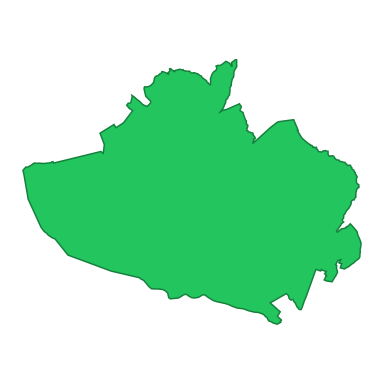 Bucov, Prahova, Romania (Equal Earth projection)
{"feature_id": "2599482B21146136676723", "entity_name": "Bucov", "entity_type": "district", "adm_level": 2, "iso_a3": "ROU", "parent_name": "Romania", "parent_adm1": "Prahova", "projection": "equal_earth", "projection_center": [26.112, 44.989], "detail": "fine", "context": "isolated", "style": "filled", "palette": "green", "viewbox_px": 384, "rotation_deg": 0, "n_neighbors": 0, "source": "geoboundaries", "source_scale": "gbopen_adm2", "svg_char_len": 5967}
<svg xmlns="http://www.w3.org/2000/svg" viewBox="0 0 384 384"><path d="M277.2,324.2L280.8,322.2L280.2,321.3L281.4,320.4L281.4,320.0L277.4,316.3L280.2,311.8L270.2,302.9L286.3,293.6L288.0,295.1L288.4,295.7L288.7,297.2L289.1,297.8L289.1,298.3L289.8,299.3L290.8,299.9L291.4,300.0L292.6,299.4L293.0,299.4L293.3,299.8L293.6,301.1L293.9,301.6L295.0,302.6L297.3,307.3L297.8,307.6L298.9,309.2L300.0,309.6L301.1,309.6L302.1,307.4L304.5,300.4L305.9,297.4L313.9,275.0L314.4,273.8L314.5,273.1L316.0,269.4L320.5,271.0L320.7,270.9L320.7,270.5L321.4,269.5L321.8,270.0L326.3,271.5L325.6,272.4L325.7,272.5L324.6,273.7L326.2,274.9L325.8,275.5L326.5,276.0L325.8,276.7L324.2,279.9L326.3,280.9L332.1,281.8L334.6,277.5L335.7,276.0L337.4,272.5L337.5,271.7L337.3,270.8L336.7,269.5L336.5,267.3L336.7,265.4L336.0,264.9L335.6,264.4L336.3,263.6L337.1,261.7L337.8,260.6L338.3,260.6L339.9,259.7L340.8,259.6L338.9,262.7L339.6,263.2L341.8,263.6L340.6,266.7L340.4,267.9L344.5,269.0L345.8,268.0L348.3,266.9L352.1,263.9L353.7,262.9L355.9,260.7L358.2,259.2L359.4,257.9L359.8,256.8L359.9,254.4L360.3,251.9L360.1,249.6L360.5,248.0L360.9,245.4L361.0,242.6L360.6,242.0L360.3,240.8L359.3,238.2L357.9,235.5L357.1,231.8L356.8,231.3L351.6,225.2L350.2,223.8L348.4,225.9L347.1,226.5L347.1,226.8L346.1,227.0L345.8,227.5L345.7,228.1L341.4,228.9L337.5,232.2L336.8,231.8L336.5,231.1L336.8,230.6L338.3,229.0L338.3,228.6L340.6,225.4L341.4,223.8L343.6,222.0L343.0,221.6L342.6,221.0L342.3,220.0L342.6,219.0L343.5,218.4L343.7,216.6L343.6,215.4L345.1,213.6L345.8,211.9L346.7,210.5L349.0,208.0L350.8,204.7L350.9,204.0L351.3,203.0L351.1,202.5L351.0,201.9L352.4,200.2L353.6,199.7L354.1,199.9L355.0,198.0L355.6,197.2L356.0,196.9L355.7,195.9L355.9,194.5L355.9,192.8L356.2,191.3L356.5,190.9L356.5,190.0L356.8,189.3L357.6,188.2L358.9,187.5L359.0,186.7L358.6,186.1L358.9,185.0L358.5,184.4L357.3,183.9L356.6,182.8L356.3,178.8L357.2,176.9L355.9,174.5L355.2,173.8L355.1,173.4L355.3,172.5L354.4,171.8L353.7,170.0L352.3,169.2L351.9,168.9L351.8,168.4L351.9,167.8L350.9,166.7L350.5,165.3L348.9,165.2L347.9,165.6L347.1,165.0L346.6,164.1L345.7,163.7L345.4,163.0L344.8,162.3L343.6,162.4L342.2,161.7L340.5,161.6L338.8,160.1L336.4,159.8L335.9,159.1L334.8,158.2L334.3,157.5L333.9,156.4L333.0,155.9L332.3,155.8L331.6,156.0L331.0,155.9L330.6,156.2L328.9,155.8L328.0,154.3L328.1,153.3L328.0,151.2L326.3,151.1L325.3,150.5L324.6,150.9L323.4,150.8L323.1,150.9L322.1,151.9L321.6,152.0L318.5,151.6L317.9,150.5L317.6,149.6L316.2,148.6L316.6,147.8L316.5,147.4L314.6,147.5L313.7,147.0L312.7,147.2L312.5,146.2L311.8,145.4L310.5,145.4L310.5,144.9L307.6,143.0L303.0,139.1L301.7,137.8L297.5,130.7L298.2,130.5L293.7,119.7L278.6,121.7L277.2,122.3L270.0,127.9L253.1,143.3L252.9,143.1L252.9,142.4L253.9,140.5L253.4,139.8L253.5,139.2L253.8,139.0L254.9,139.0L255.4,138.3L254.8,137.3L254.6,136.6L253.2,135.0L253.0,133.4L252.7,133.0L250.8,132.7L250.2,132.2L248.4,131.8L248.0,131.6L247.9,130.8L246.6,130.3L247.0,129.3L247.0,128.7L247.4,127.7L247.4,127.3L247.7,126.8L247.5,126.5L247.8,125.8L247.8,125.1L247.1,124.8L246.3,123.9L246.3,123.6L246.5,123.4L246.3,121.5L246.4,120.9L245.2,119.5L245.2,119.3L243.4,114.1L243.3,113.2L242.9,112.4L240.3,110.9L240.0,109.5L240.9,108.3L241.1,107.6L241.2,106.4L240.9,105.7L240.2,105.2L239.5,103.8L226.1,109.7L225.5,109.6L222.5,110.5L220.3,111.9L220.9,110.8L222.3,109.3L222.7,109.0L223.5,107.5L224.8,104.3L225.5,103.0L225.7,102.3L225.7,100.3L227.5,98.5L228.3,96.5L229.6,94.7L229.6,92.8L229.9,92.1L230.0,90.6L229.9,88.4L230.1,87.4L231.2,85.6L231.4,84.1L231.3,83.1L232.3,78.9L233.7,76.7L233.7,74.8L233.9,73.9L233.9,72.0L234.5,70.4L236.7,66.8L236.6,59.8L234.9,59.9L233.8,61.0L231.7,62.4L231.6,62.7L232.0,65.9L231.9,66.3L231.6,66.3L230.2,63.9L229.4,63.2L226.6,61.6L225.8,61.4L222.0,64.4L219.8,65.6L218.3,65.3L216.1,66.0L216.3,66.9L216.8,68.1L216.3,69.6L215.8,70.5L214.2,71.4L212.9,72.8L212.1,74.2L210.6,78.3L210.4,79.5L210.7,80.5L210.5,82.0L210.6,83.7L210.5,84.8L210.4,84.9L209.2,84.3L208.1,82.8L206.9,82.0L206.5,80.7L202.0,77.5L201.4,76.1L199.6,75.3L198.1,74.0L194.2,72.7L191.7,73.1L191.0,72.9L189.7,71.3L189.2,71.1L187.6,71.3L184.3,70.8L183.3,70.3L183.1,69.7L181.7,69.8L179.8,69.2L175.3,70.5L175.0,70.8L174.8,71.6L174.6,71.7L174.3,71.5L174.2,70.9L174.0,70.7L172.5,70.6L171.6,69.4L170.7,68.7L170.2,68.6L169.5,69.0L169.9,70.3L169.9,70.8L169.3,71.6L167.9,72.8L168.5,73.3L168.7,73.9L168.4,74.2L167.8,74.0L166.6,73.1L162.8,71.6L161.9,71.7L161.5,72.8L161.2,73.2L159.6,74.0L158.2,75.5L156.2,76.1L155.5,76.5L154.4,78.3L154.1,80.7L153.5,82.4L152.8,83.4L151.1,85.1L149.7,86.1L148.0,86.7L146.6,86.9L144.6,86.8L144.2,87.6L144.1,89.1L145.5,95.2L146.0,96.6L147.9,98.3L148.9,99.6L150.1,100.5L150.6,101.3L150.6,102.9L150.0,103.6L147.2,106.4L144.4,105.4L142.5,104.3L139.2,101.0L137.3,99.8L134.2,96.9L131.9,95.4L132.2,96.5L131.3,100.4L131.2,101.4L130.9,102.1L130.5,102.6L129.8,103.2L128.2,103.2L126.7,105.3L129.3,108.4L132.7,110.6L123.5,122.8L116.0,127.7L114.0,124.5L100.0,133.2L103.6,142.5L104.3,144.7L103.3,153.3L100.9,151.5L53.5,163.1L53.2,161.9L52.3,161.8L51.7,161.9L51.2,162.5L50.4,162.8L43.3,163.5L40.0,163.2L35.8,163.3L34.3,163.0L33.6,163.4L32.0,164.7L28.3,166.9L26.7,167.2L25.8,167.1L23.0,170.3L24.0,174.9L28.2,199.2L41.1,227.4L44.5,231.8L45.6,232.4L46.7,233.3L48.0,234.9L51.9,237.6L55.1,239.0L68.0,255.1L111.2,271.1L139.4,277.7L139.9,277.9L140.2,278.5L140.7,278.9L142.8,279.9L144.1,280.8L148.8,286.5L151.4,288.7L153.9,289.0L155.5,288.9L158.4,289.0L162.5,289.5L164.2,290.2L166.0,291.3L167.7,293.1L168.7,297.6L169.5,298.4L170.1,298.7L170.9,298.8L178.4,298.0L181.1,296.5L183.4,294.9L185.4,294.4L186.4,294.4L186.9,294.7L188.7,296.0L191.6,297.6L194.7,298.0L198.5,297.3L199.7,296.7L202.3,295.0L203.3,294.8L204.5,295.0L205.3,295.2L207.7,297.1L213.2,300.5L215.6,301.3L217.7,301.9L224.8,303.4L228.7,304.6L232.8,306.5L237.1,308.0L243.7,308.9L248.4,310.7L254.2,312.1L258.5,312.5L262.3,313.9L263.9,314.7L265.1,316.2L267.1,317.7L268.3,320.2L269.0,321.1L269.6,321.4L271.0,321.6L273.1,323.0L277.2,324.2Z" fill="#22c55e" stroke="#15803d" stroke-width="1.5"/></svg>